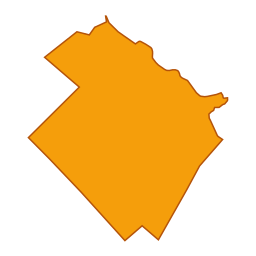 outline of Ste. Genevieve, Missouri, United States of America
{"feature_id": "52423323B83513729343256", "entity_name": "Ste. Genevieve", "entity_type": "district", "adm_level": 2, "iso_a3": "USA", "parent_name": "United States of America", "parent_adm1": "Missouri", "projection": "equal_earth", "projection_center": [-90.094, 37.899], "detail": "fine", "context": "isolated", "style": "filled", "palette": "amber", "viewbox_px": 256, "rotation_deg": 0, "n_neighbors": 0, "source": "geoboundaries", "source_scale": "gbopen_adm2", "svg_char_len": 992}
<svg xmlns="http://www.w3.org/2000/svg" viewBox="0 0 256 256"><path d="M105.5,15.4L106.5,21.9L94.7,27.3L89.3,34.9L76.9,31.8L44.6,57.3L79.3,87.1L77.2,89.2L28.4,137.6L49.5,158.9L80.9,191.9L124.9,240.6L142.1,225.8L158.4,239.8L186.7,189.8L199.6,165.9L222.6,139.5L218.0,136.4L217.3,135.5L210.1,119.8L209.4,118.6L209.2,117.8L208.9,114.1L211.3,111.8L213.6,110.4L214.6,107.5L219.1,107.4L222.7,104.6L224.7,103.9L227.4,100.7L227.6,99.8L227.5,97.8L224.2,98.2L223.4,98.0L223.1,97.3L222.7,95.3L221.1,92.8L216.4,94.5L207.4,96.4L204.7,96.7L200.6,96.2L199.5,95.5L196.4,92.8L187.5,80.5L182.4,78.1L181.3,77.3L180.4,76.4L179.8,75.2L179.6,74.0L178.9,72.3L178.2,71.1L177.4,70.5L175.3,69.8L172.6,69.8L169.4,70.5L166.7,70.4L164.6,69.4L158.4,65.1L155.8,62.5L152.5,58.1L152.4,56.5L152.6,53.3L152.5,51.2L151.8,48.8L150.8,47.5L145.7,44.2L140.5,41.4L139.4,41.3L138.7,41.6L135.4,43.9L123.2,35.4L122.4,34.8L118.1,31.8L109.0,22.8L106.4,16.7L105.5,15.5L105.5,15.4Z" fill="#f59e0b" stroke="#b45309" stroke-width="1.5"/></svg>